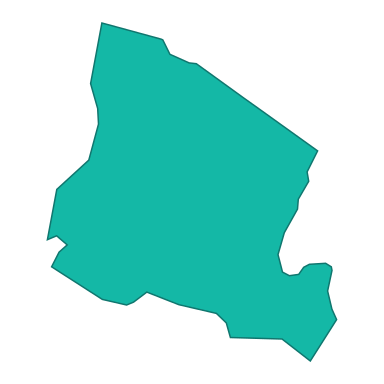 Essex, New Jersey, United States of America
{"feature_id": "52423323B34984401006879", "entity_name": "Essex", "entity_type": "district", "adm_level": 2, "iso_a3": "USA", "parent_name": "United States of America", "parent_adm1": "New Jersey", "projection": "equal_earth", "projection_center": [-74.229, 40.792], "detail": "fine", "context": "isolated", "style": "filled", "palette": "teal", "viewbox_px": 384, "rotation_deg": 0, "n_neighbors": 0, "source": "geoboundaries", "source_scale": "gbopen_adm2", "svg_char_len": 688}
<svg xmlns="http://www.w3.org/2000/svg" viewBox="0 0 384 384"><path d="M51.6,266.8L102.3,299.4L126.6,305.0L133.6,302.1L146.8,292.1L178.9,304.7L216.4,313.4L226.3,322.9L230.4,337.5L282.0,339.0L310.3,361.0L336.6,319.6L331.9,309.1L327.6,291.0L332.0,270.4L331.3,266.8L325.6,263.3L309.4,264.3L303.7,267.3L298.7,274.4L289.4,275.7L282.5,272.1L278.0,254.6L284.3,232.7L297.5,209.1L298.3,199.2L308.7,181.3L307.1,171.9L317.6,150.9L259.6,109.3L242.9,97.4L234.9,91.6L196.3,63.7L189.1,62.9L169.9,54.3L162.8,39.9L161.3,39.2L101.9,23.0L90.6,83.6L97.7,108.6L98.5,124.1L88.8,160.1L56.8,189.4L47.4,239.7L56.6,235.8L67.2,244.9L59.1,252.1L51.6,266.8Z" fill="#14b8a6" stroke="#0f766e" stroke-width="1.5"/></svg>